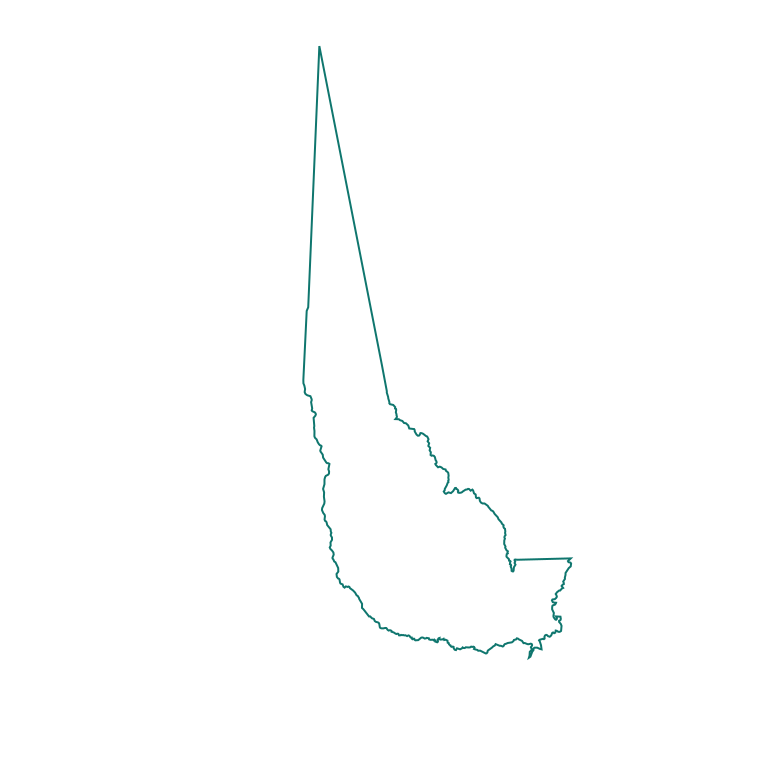 Nithi, Eastern, Kenya (Albers equal-area conic projection), rotated 52°
{"feature_id": "3690345B87545875120940", "entity_name": "Nithi", "entity_type": "district", "adm_level": 2, "iso_a3": "KEN", "parent_name": "Kenya", "parent_adm1": "Eastern", "projection": "albers", "projection_center": [37.753, -0.301], "detail": "fine", "context": "isolated", "style": "outline", "palette": "teal", "viewbox_px": 768, "rotation_deg": 52, "n_neighbors": 0, "source": "geoboundaries", "source_scale": "gbopen_adm2", "svg_char_len": 6163}
<svg xmlns="http://www.w3.org/2000/svg" viewBox="0 0 768 768"><g transform="rotate(52 384 384)"><path d="M77.9,226.9L276.9,396.5L278.8,399.9L331.2,445.1L333.9,447.1L336.3,447.8L339.4,449.3L341.5,451.5L343.3,452.0L344.8,451.7L345.8,451.3L348.3,449.5L351.5,450.4L352.3,451.0L353.4,452.6L359.0,455.6L360.4,457.3L361.4,457.2L363.7,456.0L365.0,456.0L365.9,456.3L366.7,457.5L367.3,460.3L374.2,464.8L375.3,466.0L378.2,467.7L382.3,471.0L383.8,471.5L386.2,471.2L389.2,472.1L391.3,472.3L392.7,472.2L393.7,471.6L394.6,471.5L397.2,475.2L398.1,475.6L402.0,475.8L404.5,477.3L410.3,477.8L411.3,477.6L412.3,476.5L413.4,476.2L416.9,480.3L419.1,481.1L420.6,482.4L421.1,483.7L420.6,486.4L421.1,487.7L422.5,489.6L426.3,492.6L429.2,496.6L432.5,497.9L435.9,500.8L439.9,503.1L441.5,504.7L443.7,509.1L445.1,510.5L448.3,511.3L450.5,511.3L451.8,511.9L454.1,514.2L455.4,514.7L456.6,514.3L457.6,514.4L460.2,515.6L465.6,515.5L467.6,516.8L468.9,517.1L469.8,518.6L470.6,519.2L472.9,519.5L474.8,520.9L475.9,523.7L478.5,525.5L479.4,527.4L481.1,527.8L483.1,527.5L485.6,527.6L487.5,528.7L489.1,531.5L489.9,532.0L491.0,531.9L493.2,532.5L494.6,532.0L500.8,533.4L503.7,535.5L504.5,538.4L507.0,539.9L509.0,539.9L509.8,539.4L510.6,539.4L513.6,541.0L514.6,541.1L516.4,540.0L518.9,540.8L520.2,540.4L520.0,538.7L521.6,537.5L521.7,536.7L522.5,536.2L524.0,536.5L527.6,535.5L530.6,535.2L533.7,535.7L534.7,535.2L537.0,535.4L538.3,535.9L543.7,536.6L546.9,539.2L548.7,538.9L558.0,538.9L558.6,538.0L561.2,537.7L562.9,536.6L565.1,537.2L566.3,536.9L568.2,535.5L569.0,535.2L570.3,535.5L573.0,537.0L573.9,537.1L574.9,536.5L576.1,535.1L577.0,533.2L577.8,532.4L580.0,532.5L581.1,532.2L581.6,531.0L582.3,530.4L583.2,530.1L583.9,530.6L585.7,529.3L587.9,528.6L588.7,528.1L588.9,527.3L589.7,526.5L591.3,526.9L592.0,526.1L592.2,525.0L593.0,524.5L593.6,523.4L594.5,522.9L595.2,521.8L596.9,521.0L597.1,519.6L598.0,519.0L600.1,519.1L600.9,518.2L601.8,518.8L602.6,518.7L602.8,517.7L603.4,517.0L604.2,517.4L605.3,517.1L606.9,514.7L606.8,510.9L607.2,510.0L608.2,509.2L609.6,508.7L610.3,507.5L610.3,506.7L612.0,505.2L613.0,505.7L614.2,504.9L615.6,502.9L616.7,502.6L616.5,501.7L617.6,501.5L618.5,502.2L620.3,501.1L620.3,500.3L619.8,499.7L618.7,499.5L618.0,497.5L618.3,496.6L619.2,497.5L620.3,496.7L621.3,495.1L621.5,493.8L622.8,494.2L623.4,492.9L625.3,492.0L627.1,493.1L627.9,492.5L629.1,493.0L630.2,492.9L631.1,492.5L631.8,492.9L632.8,492.5L633.3,491.4L634.0,491.0L635.0,491.7L636.6,491.9L637.3,491.7L638.0,491.1L637.2,489.2L639.9,487.4L640.3,485.3L640.0,484.2L641.0,483.9L641.8,482.9L641.8,481.7L644.0,479.2L644.6,478.1L644.6,477.0L645.5,476.4L645.9,475.4L646.7,474.9L647.6,475.0L648.2,476.2L649.1,475.7L651.1,474.1L652.2,474.0L653.3,472.4L659.0,469.7L659.4,469.0L659.2,467.8L658.3,466.9L658.0,466.1L658.2,461.2L658.0,459.5L658.3,457.7L657.7,456.2L661.5,454.0L662.2,453.1L664.0,452.0L664.0,450.8L663.4,449.6L663.4,448.7L663.8,447.9L664.3,445.9L666.3,442.3L666.3,440.3L665.7,439.2L666.6,437.2L666.2,435.9L667.1,435.2L668.4,434.9L671.4,433.4L674.1,433.6L674.7,432.6L677.3,431.1L678.0,430.4L679.0,428.2L679.8,427.7L680.7,427.9L681.3,428.4L681.8,430.3L683.8,430.8L684.4,431.4L684.8,434.0L687.7,436.6L688.9,438.3L689.0,436.5L686.3,432.1L685.7,430.0L684.4,428.9L684.5,427.6L686.1,425.6L688.8,424.2L690.1,423.2L686.5,421.1L682.7,419.7L681.5,419.7L681.3,419.0L682.7,415.5L683.5,415.1L683.5,414.2L681.9,413.1L681.3,412.0L681.5,410.7L682.4,410.1L683.7,410.0L685.2,409.0L685.1,407.1L683.7,404.6L683.9,403.7L685.1,403.4L685.4,402.1L684.0,400.5L684.8,399.8L686.4,399.3L687.2,398.6L687.6,397.5L687.6,396.5L683.9,393.0L681.9,392.4L679.3,392.5L678.4,391.8L678.7,390.4L678.0,389.3L676.0,388.2L673.1,391.5L675.0,391.9L675.6,392.6L675.7,393.6L674.9,394.0L672.3,393.9L671.2,393.4L669.0,391.1L665.0,390.2L663.2,388.7L662.4,387.7L662.5,386.7L663.1,385.3L662.8,383.9L662.3,383.1L661.0,384.5L659.8,385.3L657.9,384.9L657.5,383.9L658.7,381.9L658.6,380.1L658.1,378.8L656.8,378.2L655.2,378.0L654.6,375.8L654.6,373.0L655.2,372.3L654.7,369.9L655.0,368.4L652.5,368.4L652.1,366.8L652.4,365.5L651.4,364.8L650.0,364.4L649.0,361.4L648.0,360.8L646.2,358.5L644.7,357.3L642.8,351.7L642.7,349.2L640.7,347.1L639.6,347.0L638.0,348.3L636.8,348.1L636.4,344.2L604.4,387.4L603.3,388.4L602.9,389.2L603.5,389.8L604.8,390.0L605.4,391.3L607.3,391.6L608.4,394.5L610.9,396.8L611.2,397.6L610.7,398.2L609.8,398.5L608.1,397.2L605.9,396.6L605.5,395.7L604.4,395.2L603.6,395.8L602.4,394.7L601.7,393.5L600.9,393.6L600.2,394.2L598.9,393.4L595.8,393.8L595.0,393.5L593.6,392.0L593.7,390.7L592.7,390.4L592.1,389.4L590.5,389.8L587.6,389.3L586.8,388.3L584.1,387.8L581.3,385.5L580.3,383.9L579.2,383.7L578.3,382.8L577.9,381.2L575.9,380.3L574.9,379.2L572.6,377.8L571.7,378.1L570.6,378.0L569.6,377.5L569.0,376.7L566.5,377.1L565.5,376.7L561.0,377.0L559.0,376.4L554.5,376.8L551.7,376.4L550.6,376.7L549.7,377.3L544.9,377.4L543.9,377.2L540.1,378.3L538.8,379.9L537.1,380.6L535.1,380.4L533.0,379.2L532.0,379.3L530.9,381.3L529.9,381.3L527.5,379.8L525.6,380.4L522.7,379.3L521.6,379.4L521.4,381.4L519.2,381.6L518.4,382.3L518.2,383.6L517.5,384.7L517.2,388.1L517.3,389.1L517.0,390.3L516.2,391.6L515.3,392.4L514.5,392.2L514.0,391.3L513.0,391.0L512.1,391.1L511.4,391.6L510.2,391.3L509.7,392.0L511.0,395.5L511.2,398.4L509.1,399.9L508.7,402.8L507.5,403.3L505.5,403.1L505.1,401.6L504.1,400.7L502.5,396.9L501.2,394.9L501.0,393.6L499.9,393.2L499.4,392.1L497.3,390.9L496.0,389.5L493.6,388.1L492.5,388.1L490.6,388.6L489.3,388.1L487.3,389.7L485.2,390.0L483.5,390.9L482.9,392.7L479.7,393.0L478.6,392.8L478.6,391.5L478.2,390.8L477.2,390.3L475.8,390.2L472.9,388.9L471.4,388.9L470.3,389.6L469.8,390.7L468.6,391.0L466.6,389.1L464.4,388.9L462.7,386.9L460.1,387.2L458.5,384.9L456.0,384.9L454.9,382.9L452.0,382.3L450.7,383.0L447.4,383.8L445.9,384.6L445.1,385.5L446.1,387.3L446.2,388.3L445.5,389.2L443.8,389.5L440.3,389.0L439.2,388.2L438.1,388.0L434.6,391.5L431.6,390.4L428.4,390.9L427.1,392.2L424.4,392.3L422.3,393.7L420.9,394.0L418.7,396.6L418.2,394.5L417.4,393.7L416.3,393.4L415.6,392.8L413.6,392.1L412.0,390.4L411.1,389.9L410.1,390.4L409.1,389.4L406.2,389.6L403.6,391.7L402.5,391.7L401.6,390.9L398.0,389.5L396.7,388.7L392.5,387.1L391.4,386.2L367.8,374.0L77.9,226.9Z" fill="none" stroke="#0f766e" stroke-width="2"/></g></svg>